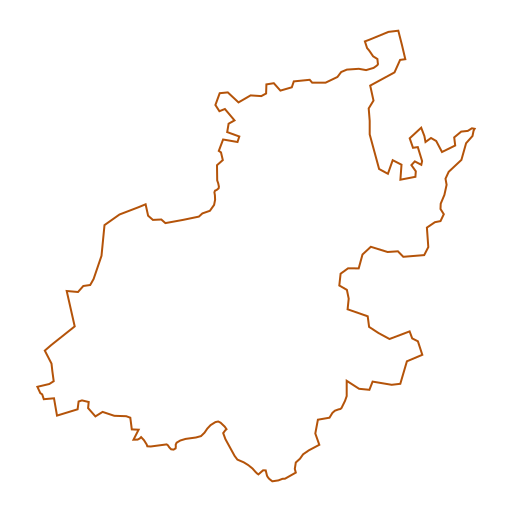 map outline of Gauteng (orthographic projection)
{"feature_id": "ZAF-1208", "entity_name": "Gauteng", "entity_type": "Province", "adm_level": 1, "iso_a3": "ZAF", "parent_name": "South Africa", "parent_adm1": "", "projection": "orthographic", "projection_center": [28.225, -26.009], "detail": "fine", "context": "isolated", "style": "outline", "palette": "amber", "viewbox_px": 512, "rotation_deg": 0, "n_neighbors": 0, "source": "natural_earth", "source_scale": "10m", "svg_char_len": 3019}
<svg xmlns="http://www.w3.org/2000/svg" viewBox="0 0 512 512"><path d="M133.5,439.7L138.6,429.7L131.8,429.4L130.3,417.7L126.2,416.2L114.3,415.8L102.6,411.9L95.4,416.4L88.1,408.1L88.7,402.0L82.0,400.4L78.6,401.5L77.6,409.3L57.0,415.6L54.0,398.3L43.8,399.2L42.2,394.4L40.3,393.1L37.4,386.8L49.3,384.0L53.7,381.2L52.3,370.8L51.5,363.6L44.8,350.6L51.3,345.0L74.7,326.4L66.7,291.0L78.0,292.0L83.3,286.0L90.2,285.0L93.6,279.0L101.5,255.8L104.5,225.1L119.5,214.5L138.3,207.3L145.6,204.3L148.1,215.7L152.9,219.9L161.3,219.5L165.4,223.1L183.0,219.9L198.9,216.6L202.4,213.4L209.9,210.8L214.1,204.9L215.1,199.8L214.9,195.2L214.4,192.3L214.9,191.0L215.1,190.6L216.6,190.0L218.6,188.4L218.9,186.6L218.2,183.3L217.2,180.4L217.0,165.2L222.8,160.1L221.0,152.4L218.8,150.9L223.1,139.5L237.5,142.0L239.3,136.5L227.2,132.1L228.6,123.7L234.5,120.4L224.9,109.0L219.4,111.2L215.4,105.0L219.7,93.2L227.8,92.4L238.5,102.4L250.6,95.4L261.3,96.1L266.1,93.5L266.4,84.4L273.8,83.2L280.4,90.6L291.8,87.3L293.8,81.4L309.7,79.8L312.2,82.7L325.5,82.7L337.4,77.0L341.2,72.0L346.9,69.6L358.8,68.8L366.1,70.1L373.6,67.9L376.3,66.0L377.5,65.0L378.0,64.0L377.8,63.0L377.4,59.0L373.1,56.3L369.0,50.3L367.1,48.1L364.9,41.4L369.2,39.8L388.4,31.9L398.3,30.7L402.0,45.2L405.3,59.2L400.1,59.9L394.5,72.4L370.2,85.6L373.5,100.6L368.7,108.4L369.7,120.9L369.7,134.4L374.1,150.6L379.1,169.0L387.9,173.8L392.7,160.2L401.5,164.7L400.4,179.7L415.4,176.8L415.8,171.3L411.4,165.1L414.8,161.4L421.3,164.8L422.1,161.1L417.8,147.1L413.0,147.8L409.7,138.3L421.2,127.7L424.4,136.1L425.5,142.0L431.0,138.0L436.2,141.0L442.0,152.0L455.2,145.5L454.2,137.4L461.2,131.6L467.8,130.9L471.9,128.3L474.6,128.8L473.6,130.6L472.5,136.0L466.1,143.2L461.4,159.9L448.7,171.8L445.5,178.7L446.6,184.8L444.4,194.9L440.7,203.7L440.5,209.0L443.8,214.2L440.5,221.1L434.9,222.2L426.9,227.6L428.3,247.1L424.2,255.1L403.3,256.8L397.9,251.3L387.6,252.0L370.8,246.8L362.5,254.5L358.7,268.4L348.1,268.3L340.6,273.7L339.3,285.5L346.9,289.9L348.7,298.7L347.6,309.3L367.7,316.3L369.1,326.9L378.6,333.1L389.5,339.0L409.6,331.4L412.2,338.4L417.9,341.3L422.3,354.8L406.9,361.3L400.3,383.8L391.7,384.8L372.6,381.6L369.4,389.8L359.1,388.8L346.7,380.8L346.7,396.1L345.0,400.9L341.5,408.0L340.4,409.0L338.5,409.4L334.9,410.7L332.4,412.9L329.5,417.7L317.9,419.7L315.3,433.5L319.3,444.8L308.9,450.3L303.1,454.3L300.0,458.7L295.8,462.5L294.8,468.9L295.8,472.6L285.0,478.7L282.5,478.8L278.4,480.4L272.3,481.3L269.5,479.1L268.7,478.3L267.6,476.8L267.0,475.7L265.7,470.4L263.1,470.3L258.4,474.4L257.0,473.4L255.4,471.8L252.5,468.5L248.1,465.0L243.7,462.3L237.4,459.6L234.6,455.9L225.4,439.1L223.2,433.1L225.2,430.4L226.5,429.2L224.7,426.6L220.6,422.7L218.2,421.5L215.4,422.1L210.6,425.1L207.3,428.6L204.5,432.7L201.0,436.1L195.9,437.5L185.6,438.9L180.3,440.5L176.6,442.7L175.7,444.7L175.8,446.7L175.6,448.4L173.6,449.6L171.1,449.3L169.3,447.4L167.9,445.3L166.6,444.4L150.7,446.5L147.3,446.3L146.7,444.5L144.0,440.2L141.1,437.1L139.7,438.5L137.6,439.6L133.5,439.7Z" fill="none" stroke="#b45309" stroke-width="2"/></svg>